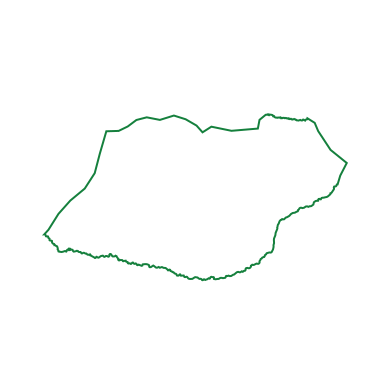 Delgerxaan, Hentiy, Mongolia (Robinson projection), rotated 312°
{"feature_id": "93677404B99522763757972", "entity_name": "Delgerxaan", "entity_type": "district", "adm_level": 2, "iso_a3": "MNG", "parent_name": "Mongolia", "parent_adm1": "Hentiy", "projection": "robinson", "projection_center": [108.94, 47.292], "detail": "fine", "context": "isolated", "style": "outline", "palette": "green", "viewbox_px": 384, "rotation_deg": 312, "n_neighbors": 0, "source": "geoboundaries", "source_scale": "gbopen_adm2", "svg_char_len": 5988}
<svg xmlns="http://www.w3.org/2000/svg" viewBox="0 0 384 384"><g transform="rotate(312 192 192)"><path d="M93.8,178.9L93.5,179.4L92.9,182.2L92.3,182.4L92.2,183.3L92.6,183.8L93.3,183.8L93.4,184.2L94.6,185.5L94.7,186.3L94.4,187.0L94.5,187.2L95.5,187.8L96.6,188.7L96.3,189.3L96.2,189.8L96.8,191.0L96.8,191.3L96.2,191.9L96.2,192.2L96.4,192.7L97.4,193.5L97.6,194.7L98.0,194.9L99.5,194.9L100.0,195.2L100.1,195.4L99.9,196.2L100.0,197.2L101.3,198.0L101.3,198.3L101.0,200.1L101.1,200.4L101.5,200.7L102.0,200.6L102.4,201.1L103.4,203.9L104.1,204.3L105.2,203.8L105.4,203.9L107.1,205.5L107.8,206.3L108.5,207.5L108.8,208.7L108.8,209.2L108.0,210.0L107.8,210.4L107.8,210.8L108.0,211.1L108.7,211.7L111.4,212.4L111.6,213.5L111.7,215.2L111.8,216.0L112.1,216.4L112.7,216.9L114.0,217.4L114.2,218.8L115.7,219.6L116.1,219.9L116.6,221.6L117.7,223.0L117.9,223.4L117.9,224.7L118.0,225.6L117.7,226.5L117.9,226.8L119.1,227.1L119.4,227.4L119.5,227.9L118.9,228.9L119.5,230.2L119.4,231.1L119.9,231.7L120.0,232.1L119.8,233.5L120.4,234.7L120.4,235.6L120.0,236.3L119.9,236.8L120.5,237.6L121.0,238.0L122.3,238.0L122.7,238.1L122.9,238.4L122.8,238.7L122.4,239.6L122.4,239.8L124.4,241.7L123.9,242.8L123.8,243.3L124.2,243.9L125.2,244.5L125.5,244.8L125.6,245.2L125.3,246.8L125.3,247.4L126.0,248.7L127.7,250.4L130.0,251.0L130.8,251.3L131.2,251.8L131.4,252.2L132.0,253.0L132.2,253.5L132.2,254.7L132.5,255.8L133.3,256.5L133.6,257.5L133.3,258.4L133.4,258.7L133.7,259.0L134.2,259.2L135.0,259.2L135.3,259.5L135.4,260.5L135.6,260.8L136.4,261.1L137.3,261.7L139.0,262.1L139.3,263.0L139.8,263.2L140.8,262.8L141.5,262.9L141.9,263.1L142.4,264.2L143.0,264.7L143.2,265.1L143.0,265.7L142.1,266.5L142.3,266.9L142.8,267.8L144.5,269.2L145.3,270.0L146.7,270.4L147.3,270.7L148.2,271.7L148.7,272.7L149.4,273.2L150.3,274.0L151.0,274.1L152.0,273.6L152.5,273.6L153.1,274.2L153.5,274.8L154.3,275.1L154.8,276.4L155.8,277.3L158.2,278.0L158.8,278.5L162.3,279.0L163.5,279.7L164.3,281.3L164.7,281.6L166.4,282.1L166.5,282.9L166.6,283.1L166.9,283.2L167.9,283.3L168.2,283.4L168.8,284.0L169.2,284.1L170.1,283.9L170.5,283.4L171.0,283.2L171.7,283.2L172.7,284.0L173.1,284.9L173.5,285.4L174.0,285.7L174.8,285.9L176.1,285.7L176.7,285.1L177.6,285.4L178.2,285.4L178.5,285.7L178.7,286.3L179.3,286.8L181.9,287.8L182.4,288.5L182.8,289.2L183.8,289.6L184.7,289.5L185.7,288.5L187.2,288.3L188.2,287.9L189.3,288.3L190.1,288.1L191.6,288.7L192.0,289.1L192.9,289.0L193.7,288.5L194.1,288.5L195.3,288.8L196.0,288.5L196.5,288.5L198.8,289.9L199.7,291.1L200.6,291.4L203.6,290.6L205.7,289.4L207.1,288.1L208.9,287.2L211.2,284.9L212.3,284.1L215.6,282.9L217.6,281.5L221.5,280.1L222.2,279.7L222.6,279.1L223.2,278.9L224.8,277.9L225.4,277.7L226.5,277.6L227.9,277.0L229.1,276.6L230.6,276.6L231.3,277.2L232.2,277.1L232.8,278.2L233.4,278.7L235.7,278.8L236.7,279.4L238.7,280.1L239.6,280.3L241.9,280.3L243.8,280.9L245.5,282.3L247.3,282.9L248.4,283.5L248.9,283.4L249.5,282.9L250.4,283.1L251.8,282.8L252.6,283.0L253.3,283.5L253.9,284.8L255.3,285.8L257.4,286.3L258.1,286.9L258.5,287.4L258.8,288.4L260.0,288.9L260.4,289.2L260.7,289.6L261.4,290.1L263.9,290.6L265.8,289.5L266.3,289.5L268.0,289.9L269.1,290.7L269.8,291.6L270.0,291.6L270.7,290.9L271.6,290.8L272.1,291.2L272.4,292.2L272.7,292.6L273.1,292.6L273.6,292.4L274.3,292.3L275.3,293.0L275.9,293.7L276.9,294.3L278.5,295.5L279.6,295.9L282.8,296.3L283.3,296.2L283.4,295.9L283.6,295.7L284.4,296.1L284.9,296.2L289.0,295.6L289.6,295.2L290.2,294.4L291.1,294.0L291.6,294.3L292.0,294.8L292.5,295.1L293.2,295.1L294.5,294.6L294.8,294.7L295.1,295.1L303.4,291.2L317.1,287.6L316.0,266.8L321.7,245.0L325.5,236.9L324.0,228.4L323.8,228.5L323.7,228.9L323.2,229.0L322.5,228.4L321.6,228.1L320.8,228.3L320.4,227.2L320.5,226.7L320.2,226.1L318.9,226.0L318.2,225.2L318.1,224.4L318.0,224.2L316.4,223.4L316.0,222.7L315.4,222.0L315.3,221.8L315.4,221.2L315.0,220.8L314.9,220.6L315.0,219.8L314.7,219.4L314.6,219.0L314.0,218.8L313.3,218.2L312.9,218.0L312.9,217.6L312.7,217.5L312.5,217.0L312.6,216.7L312.3,216.5L312.1,216.0L311.6,215.8L311.4,215.6L311.6,215.2L311.1,214.8L311.3,214.6L311.3,214.3L310.7,213.9L310.4,213.3L310.1,213.1L310.1,212.7L309.7,212.4L309.4,211.7L308.9,211.5L308.7,210.8L308.2,210.2L307.4,209.8L307.3,209.3L306.6,209.0L306.8,208.6L306.4,208.2L306.5,207.6L305.8,207.3L305.5,206.7L304.3,205.8L304.2,205.3L303.7,205.0L303.3,204.4L303.0,203.6L302.9,203.0L303.3,202.4L303.1,202.2L302.6,201.6L303.0,201.2L303.0,200.3L302.3,199.0L301.6,198.1L300.6,197.9L300.5,197.5L300.8,197.0L300.3,196.8L300.2,196.7L300.5,196.5L300.4,196.3L299.4,195.8L298.7,195.1L290.8,193.9L283.2,198.5L263.9,180.4L253.5,162.7L243.4,159.9L244.4,150.9L241.8,138.6L236.7,127.4L224.1,119.9L217.2,108.4L208.3,102.5L197.7,100.4L188.3,96.6L179.8,87.7L158.9,97.8L140.9,107.1L122.8,110.0L104.2,107.3L86.4,107.4L67.9,110.6L61.7,110.6L62.0,110.9L62.1,111.8L61.9,112.2L61.4,113.0L61.4,113.3L61.9,113.9L62.3,114.2L62.6,114.8L61.8,116.0L62.0,117.3L60.9,118.3L60.9,118.8L61.8,120.2L61.9,120.7L60.9,121.7L60.7,122.2L60.6,123.3L61.1,124.4L60.4,125.3L60.9,125.8L60.9,126.8L61.3,127.8L61.3,128.3L60.8,129.0L60.4,129.9L59.4,130.6L59.1,132.0L58.5,132.5L58.7,133.1L60.2,135.3L61.5,136.2L63.0,137.0L63.3,137.3L63.5,138.4L63.6,138.5L63.9,138.5L64.9,138.0L65.6,138.0L66.0,138.2L66.3,138.6L66.4,139.5L66.8,139.8L66.9,139.4L66.8,138.6L67.1,138.3L67.5,138.3L68.1,139.1L68.3,139.4L68.3,140.6L69.1,141.9L68.5,143.3L68.5,143.9L68.9,144.3L70.4,145.4L71.3,145.8L71.3,146.1L71.8,146.9L71.6,147.4L71.7,147.9L72.1,148.6L72.8,149.3L72.8,149.8L72.5,150.8L72.6,151.2L73.1,151.6L73.9,151.8L74.3,152.1L74.7,152.7L74.9,153.9L75.1,154.3L75.6,154.7L75.5,156.2L76.1,157.1L76.7,157.5L76.8,158.9L77.0,159.0L77.3,158.8L77.2,159.6L77.4,160.9L77.9,162.8L78.0,164.0L78.5,164.4L79.9,164.3L80.1,164.5L80.1,165.2L80.4,166.1L80.8,166.6L83.3,167.1L84.9,168.2L85.1,168.5L85.0,169.4L85.1,170.2L85.6,170.5L86.8,170.8L87.2,171.3L87.6,171.9L87.8,172.9L88.1,173.3L88.6,173.4L89.2,173.4L90.2,172.5L91.1,172.6L91.5,173.1L91.5,173.8L91.0,175.7L91.1,176.3L92.1,177.3L92.7,177.7L93.5,177.8L93.8,178.9Z" fill="none" stroke="#15803d" stroke-width="2"/></g></svg>